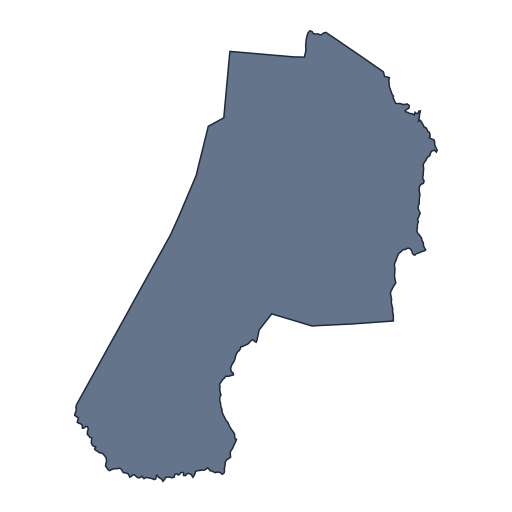 the district of Riacho de Santana, Bahia, Brazil
{"feature_id": "56859067B6273333870368", "entity_name": "Riacho de Santana", "entity_type": "district", "adm_level": 2, "iso_a3": "BRA", "parent_name": "Brazil", "parent_adm1": "Bahia", "projection": "equal_earth", "projection_center": [-43.019, -13.644], "detail": "fine", "context": "isolated", "style": "filled", "palette": "slate", "viewbox_px": 512, "rotation_deg": 0, "n_neighbors": 0, "source": "geoboundaries", "source_scale": "gbopen_adm2", "svg_char_len": 4794}
<svg xmlns="http://www.w3.org/2000/svg" viewBox="0 0 512 512"><path d="M76.4,405.1L75.9,407.5L76.3,409.9L75.9,411.7L75.1,413.2L74.7,415.4L76.8,416.8L78.5,418.0L77.8,420.0L77.2,422.3L78.9,423.3L80.6,423.7L82.3,425.4L82.4,428.2L84.4,427.9L86.0,426.3L87.4,426.6L88.3,428.8L87.4,431.9L87.4,434.6L88.7,435.6L89.6,437.1L91.7,438.0L91.5,440.0L91.3,442.8L92.3,445.3L93.9,446.4L95.8,446.9L94.5,449.1L96.1,450.6L97.5,451.3L99.1,452.6L101.3,453.1L102.9,453.7L104.3,455.4L106.0,457.6L106.5,460.1L106.4,462.0L105.8,463.7L105.5,466.1L106.6,467.5L107.9,469.6L109.6,470.7L111.8,469.5L114.4,468.7L116.3,468.8L117.8,468.6L119.5,468.2L120.8,468.8L122.1,470.6L123.2,472.5L124.8,472.9L126.5,473.0L128.5,474.3L129.7,477.1L131.2,476.5L132.8,474.9L134.9,475.1L136.6,476.9L138.4,477.9L140.1,477.6L141.8,476.3L144.0,478.7L145.8,477.5L148.7,477.8L150.4,478.2L152.3,478.7L154.2,479.6L155.8,478.9L156.1,476.9L156.9,475.2L158.4,477.1L160.0,478.2L161.7,479.1L162.9,481.3L164.6,479.5L165.7,477.3L167.3,477.1L169.6,477.1L171.9,477.8L174.2,477.2L174.9,474.3L176.7,473.7L178.0,475.0L179.5,474.5L180.6,472.8L182.2,472.3L183.6,473.1L183.5,475.5L185.6,475.6L186.7,474.1L188.0,473.4L189.5,473.7L191.1,474.4L192.9,477.3L194.2,475.4L195.0,473.6L195.4,471.7L197.3,470.7L199.0,470.6L200.9,470.3L202.6,470.1L204.2,470.2L206.3,469.0L207.8,467.8L208.9,469.1L210.2,470.8L212.0,471.1L213.7,472.0L215.5,472.7L217.5,472.0L220.0,472.5L222.3,474.3L224.1,472.9L224.5,471.1L224.4,468.6L225.1,464.6L225.4,461.6L227.1,459.5L228.7,458.6L230.6,457.2L230.3,453.9L230.5,451.3L232.1,449.2L232.9,447.6L234.3,444.4L235.6,441.9L236.5,439.3L235.1,438.7L234.7,436.6L234.7,434.8L233.7,432.5L232.3,430.7L230.7,428.3L229.6,426.6L228.9,424.9L227.9,422.4L226.3,420.7L225.1,418.7L224.4,417.0L223.5,415.4L222.7,413.6L222.0,411.4L221.9,409.0L220.9,406.8L220.7,404.8L220.4,402.7L219.8,401.0L219.8,398.7L220.0,396.4L221.0,395.0L220.2,392.5L219.8,390.0L219.9,388.1L220.0,386.3L219.5,384.5L220.4,382.9L221.7,381.2L222.8,379.4L224.3,378.2L225.7,376.2L228.4,376.3L231.0,375.6L233.5,374.9L233.0,372.8L231.3,371.5L230.6,368.6L231.3,366.0L232.2,364.1L233.8,361.9L235.0,358.9L235.5,356.4L236.5,353.7L237.5,352.0L238.8,350.9L240.0,349.5L240.9,346.7L242.8,346.4L244.5,345.5L247.0,344.5L249.0,343.1L250.7,340.8L253.1,339.8L254.5,341.3L256.1,342.3L256.9,340.5L259.2,329.9L264.9,322.6L266.0,321.2L267.6,319.1L271.8,313.9L280.2,316.4L284.2,317.6L312.1,326.0L321.7,325.4L328.6,325.1L338.5,324.6L351.4,324.0L393.4,321.0L393.3,314.7L392.6,311.9L392.7,308.9L391.9,305.3L391.3,302.7L391.6,299.3L390.5,293.7L390.8,291.5L392.0,289.3L392.9,287.4L394.4,285.0L395.8,283.0L395.3,280.7L394.9,278.8L394.5,276.1L394.7,273.1L394.8,271.1L395.0,268.7L394.4,265.9L394.7,263.2L395.9,260.6L396.9,257.8L397.6,255.9L398.5,253.8L400.5,252.1L402.0,250.8L403.1,249.6L405.2,249.6L407.2,248.4L408.6,248.1L410.4,249.0L411.9,251.1L412.3,253.2L413.4,254.6L414.8,255.2L415.9,254.0L417.7,253.2L419.4,252.7L421.3,251.8L422.7,251.3L424.1,251.0L425.7,249.9L424.7,248.2L423.5,245.7L423.3,242.7L421.9,240.2L421.6,238.1L420.2,236.2L419.2,234.7L417.9,233.6L416.8,230.5L417.4,228.1L417.4,224.8L418.3,221.6L417.6,219.1L418.5,217.5L419.1,215.8L420.2,213.3L419.0,210.7L418.2,208.4L418.1,206.1L419.1,204.3L419.2,201.9L419.3,199.3L419.6,196.9L419.9,194.7L419.4,191.9L419.1,189.4L419.4,187.0L420.5,184.8L421.8,184.0L423.4,183.4L424.1,181.0L422.7,178.1L423.2,174.9L423.4,171.7L423.7,168.2L423.1,164.9L424.4,162.3L425.9,160.3L427.0,158.1L428.2,156.7L429.8,155.8L430.5,153.2L431.5,151.2L433.0,150.7L434.4,150.2L436.3,152.1L437.3,150.3L436.1,148.2L435.3,146.2L434.7,144.5L434.7,142.5L434.1,140.0L431.5,138.8L429.2,137.7L430.1,136.3L430.0,134.2L429.3,132.2L427.6,131.1L427.0,129.2L425.6,127.4L424.3,127.4L423.6,125.6L422.6,124.0L421.5,121.9L420.3,120.3L418.6,121.1L419.1,118.6L419.4,116.0L419.8,113.3L420.4,110.9L418.9,111.1L418.0,113.3L416.3,113.5L415.1,112.3L414.3,115.0L412.4,113.7L410.8,113.6L409.3,113.4L407.9,112.3L406.2,112.1L405.1,110.9L406.9,109.3L409.0,108.1L409.2,105.5L407.1,103.9L405.1,104.4L402.6,104.4L399.9,103.4L397.8,103.7L395.6,103.2L394.8,101.5L394.1,99.9L393.2,98.1L393.5,96.2L392.1,94.2L391.1,91.5L390.2,89.0L389.4,86.8L389.0,82.3L388.9,79.8L389.4,77.7L387.7,77.1L385.9,76.9L384.5,76.2L384.0,74.2L383.4,71.9L381.5,70.5L362.9,57.6L344.3,44.9L339.7,41.7L325.9,32.4L323.6,33.0L322.0,34.4L320.1,34.9L317.8,33.8L315.7,34.1L313.5,33.6L312.2,31.7L310.0,30.7L308.4,32.4L307.5,34.3L306.9,36.3L306.3,39.0L306.0,41.5L305.8,44.0L305.6,45.8L305.9,48.0L305.7,51.4L305.0,54.5L304.3,57.1L293.4,56.9L259.2,53.9L229.9,51.4L228.7,64.0L224.9,105.5L223.8,117.8L208.3,126.3L198.5,165.8L196.2,175.4L179.4,215.1L177.6,219.2L174.5,226.0L170.6,234.7L157.3,258.7L147.8,275.8L130.0,307.9L129.1,309.7L127.0,313.5L110.2,343.8L108.8,346.2L106.7,350.1L81.4,395.9L77.8,402.3L76.4,405.1Z" fill="#64748b" stroke="#1e293b" stroke-width="1.5"/></svg>